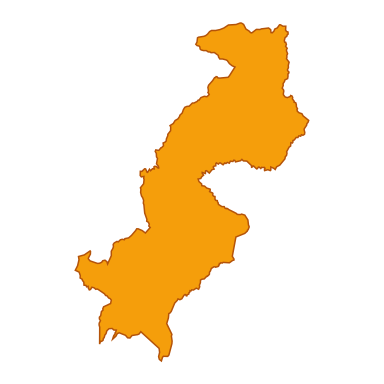 the district of Xayacatlán de Bravo, Puebla, Mexico
{"feature_id": "50627088B60270238700137", "entity_name": "Xayacatlán de Bravo", "entity_type": "district", "adm_level": 2, "iso_a3": "MEX", "parent_name": "Mexico", "parent_adm1": "Puebla", "projection": "natural_earth1", "projection_center": [-97.941, 18.276], "detail": "fine", "context": "isolated", "style": "filled", "palette": "amber", "viewbox_px": 384, "rotation_deg": 0, "n_neighbors": 0, "source": "geoboundaries", "source_scale": "gbopen_adm2", "svg_char_len": 5975}
<svg xmlns="http://www.w3.org/2000/svg" viewBox="0 0 384 384"><path d="M276.6,166.8L279.8,165.1L284.9,158.9L285.3,156.7L286.5,155.5L287.0,153.1L286.6,151.8L289.1,147.1L290.6,146.1L290.9,142.6L292.4,143.0L292.9,142.2L292.9,140.5L294.4,139.9L296.1,137.5L297.9,137.5L298.9,135.8L300.7,136.2L301.4,134.7L302.9,135.3L304.5,134.3L304.8,132.4L304.1,129.8L304.3,128.7L306.6,125.3L306.9,123.6L308.0,122.4L308.7,120.4L303.1,115.9L301.9,113.7L299.1,112.8L297.3,111.2L297.0,109.4L297.5,108.8L296.4,106.8L296.3,104.5L295.7,102.7L294.1,102.2L294.2,101.3L292.4,98.8L292.7,97.4L291.9,95.9L290.6,95.5L290.3,96.5L287.3,97.6L285.2,97.0L283.6,95.1L283.3,94.0L283.8,91.0L283.5,89.8L282.2,88.2L283.2,85.6L283.1,83.6L284.5,81.5L284.9,79.9L287.6,78.6L288.0,76.4L287.9,74.0L288.6,73.5L289.0,72.1L287.6,70.6L287.5,69.5L288.4,67.7L288.3,65.2L289.1,62.2L286.5,58.8L286.9,57.2L286.8,55.3L287.6,53.8L286.5,50.9L286.5,49.7L287.2,48.3L285.6,46.3L286.4,44.5L285.7,42.3L284.7,42.2L284.3,40.7L285.1,37.5L286.7,36.4L287.3,34.7L288.1,34.1L288.0,32.0L286.6,31.5L285.6,30.2L285.8,26.2L282.8,26.2L280.5,24.8L279.5,24.8L277.3,27.9L274.7,29.1L274.1,30.9L272.3,32.8L271.0,32.6L270.7,29.7L268.6,28.0L261.3,28.9L260.0,29.5L256.4,29.4L251.8,32.9L250.5,32.6L249.3,31.2L245.9,29.0L243.6,24.4L241.5,23.1L240.2,23.0L236.1,24.5L228.4,25.0L223.9,28.0L219.9,29.6L215.6,30.5L211.5,30.5L209.6,31.6L207.5,34.2L205.7,35.6L204.0,36.3L198.5,37.2L197.5,37.8L197.0,42.1L195.8,44.3L197.1,45.6L199.0,46.0L199.8,46.8L200.2,49.1L201.1,49.9L203.6,50.6L206.3,50.6L208.2,51.9L210.1,52.0L211.0,52.7L214.3,52.5L218.3,55.4L218.5,56.9L219.8,59.0L222.6,59.0L226.1,59.9L227.3,60.6L229.4,63.6L232.2,65.8L235.0,67.0L229.4,75.8L228.1,77.3L219.7,78.1L217.9,77.9L217.1,76.8L216.1,76.6L215.4,77.6L214.6,77.6L212.6,80.7L208.6,85.2L207.9,87.4L208.4,90.3L208.3,92.0L207.9,92.5L209.2,94.4L208.5,95.3L206.9,96.7L204.3,96.3L200.9,97.6L199.0,100.2L198.2,100.1L197.2,101.4L194.0,103.0L192.4,103.0L189.2,106.2L186.9,106.4L184.8,107.3L183.4,109.6L182.2,113.0L179.9,115.2L179.5,116.6L177.9,118.9L175.1,120.5L173.3,123.5L170.0,125.6L170.7,126.9L170.6,130.7L167.8,134.3L167.8,135.6L166.4,138.9L166.2,141.0L164.8,142.3L163.1,143.0L163.5,145.8L161.4,147.8L160.9,147.8L159.1,150.1L158.5,150.4L155.8,149.9L155.2,151.4L156.3,153.4L156.5,156.9L157.5,158.4L156.5,163.8L158.3,166.1L158.8,167.9L158.2,168.1L156.1,166.4L154.6,166.3L153.9,166.9L154.2,168.9L152.5,168.7L150.6,170.7L149.5,169.2L147.6,172.4L147.0,172.2L145.6,168.9L144.6,168.8L141.9,171.4L140.3,171.3L140.2,175.5L141.3,176.9L143.9,176.4L143.7,178.7L144.1,179.3L143.6,183.8L140.4,187.8L140.9,189.3L140.6,192.4L141.5,195.9L142.7,197.8L143.6,200.4L143.3,203.2L143.9,204.7L144.7,213.1L146.9,219.4L146.7,221.2L148.3,222.2L149.3,224.2L148.8,226.0L150.2,227.5L145.4,233.0L142.1,230.5L138.1,228.8L136.7,228.8L135.6,230.6L131.5,235.4L128.6,237.9L124.9,238.6L124.4,239.7L122.2,239.3L120.4,239.8L118.2,241.9L117.0,241.4L114.3,242.9L113.2,244.4L113.4,246.8L112.8,248.6L111.3,251.2L111.3,255.7L107.6,264.0L106.9,261.7L105.0,260.2L102.8,260.7L101.6,262.3L99.4,263.3L97.4,263.4L90.1,260.9L88.5,259.1L88.3,258.2L90.4,254.1L90.5,251.4L90.1,250.9L84.3,254.9L78.5,256.5L79.0,259.7L78.7,261.0L77.6,265.7L75.3,270.3L79.1,272.1L80.3,275.6L80.1,278.0L82.2,279.3L82.5,280.5L83.8,282.1L84.0,285.2L86.0,285.4L86.6,286.8L88.1,286.3L88.3,288.0L89.3,289.9L90.5,289.5L91.9,287.2L94.3,287.9L95.7,289.3L97.1,289.0L98.1,289.4L104.5,293.8L105.6,295.5L106.8,295.6L108.7,298.0L110.1,298.6L111.3,300.1L110.6,303.5L103.6,306.8L102.8,308.7L103.0,310.0L101.4,311.6L100.7,315.7L99.4,317.2L99.4,319.0L100.5,320.7L99.2,323.1L99.1,325.0L99.7,327.2L99.6,344.1L100.5,341.2L101.5,341.4L103.0,340.4L103.4,338.3L104.1,337.8L104.9,335.0L106.0,333.7L106.9,330.7L109.0,328.7L112.2,328.5L113.8,330.0L116.3,330.1L115.7,332.2L115.2,332.6L115.1,333.7L113.7,335.8L112.6,339.2L115.9,336.2L117.3,333.6L119.2,332.8L125.5,335.3L127.6,337.8L130.0,338.0L132.0,335.5L137.7,334.6L139.2,333.9L140.8,331.7L159.1,348.4L159.6,352.4L158.6,356.6L159.3,359.3L160.2,360.1L161.4,361.0L162.5,357.3L163.4,356.3L167.7,356.4L168.9,355.0L171.9,343.7L172.1,341.1L171.4,336.1L171.9,334.4L166.7,323.6L168.4,318.0L168.8,313.6L170.1,312.9L171.3,311.3L174.7,303.1L177.4,300.2L178.0,298.9L179.9,299.7L181.8,298.8L183.9,295.4L185.0,294.5L185.5,294.6L186.2,295.8L186.8,295.9L187.2,294.8L188.8,294.0L188.9,292.8L189.6,292.4L190.0,290.7L190.9,291.0L191.6,289.9L193.5,290.0L196.2,288.2L198.6,289.2L199.7,286.8L199.4,285.2L200.4,282.7L200.5,280.0L202.0,279.2L204.3,278.9L206.0,277.0L207.3,276.3L207.3,275.9L208.3,275.6L209.4,274.2L209.5,272.1L210.4,271.0L211.3,268.5L213.7,266.9L215.1,266.8L215.6,267.2L218.1,266.5L218.9,265.7L218.6,265.2L219.4,264.3L219.4,263.5L220.2,263.5L220.9,262.7L222.1,263.1L223.1,262.4L229.4,262.8L232.7,260.4L233.9,260.1L234.0,259.1L232.3,256.3L235.9,237.0L244.8,233.4L247.3,231.1L247.4,230.2L248.1,229.8L249.1,227.2L249.1,226.3L248.5,225.1L247.9,220.0L244.8,215.1L241.6,214.1L240.4,214.6L237.3,214.4L236.3,213.4L228.4,209.4L227.9,208.8L226.7,208.3L226.3,208.7L225.1,208.3L224.2,206.6L221.9,206.6L218.9,204.7L218.2,203.9L218.2,202.9L217.5,201.8L217.3,200.6L215.7,200.3L215.0,199.3L215.0,196.5L213.6,196.2L212.7,195.2L212.9,193.5L212.6,193.0L209.6,191.6L210.3,190.0L210.1,189.1L206.6,188.0L204.6,186.1L201.8,185.7L201.6,183.9L199.0,181.6L198.1,179.0L200.8,178.5L201.6,176.9L203.6,175.1L202.2,173.4L202.2,172.4L205.4,173.5L205.6,170.9L206.6,170.7L209.3,173.1L212.0,169.7L214.1,169.1L213.2,167.0L214.0,166.2L215.8,165.8L215.8,163.5L216.4,162.9L218.4,164.1L219.4,163.0L220.3,162.9L223.1,164.8L224.7,163.0L225.9,163.5L227.3,162.4L229.3,163.2L230.4,161.2L232.9,161.5L233.8,160.2L234.8,160.4L235.5,161.9L240.6,160.7L241.9,159.4L243.4,160.9L246.8,161.1L251.4,165.5L251.6,167.2L252.5,166.9L252.6,166.1L253.6,166.0L256.6,168.9L257.3,168.7L258.4,167.1L259.3,167.2L260.8,168.5L261.7,167.3L263.2,167.6L264.1,167.3L265.0,168.2L264.4,169.8L264.6,170.6L267.9,169.7L270.3,170.6L270.8,170.1L270.8,167.0L273.8,168.3L275.2,169.5L276.6,166.8Z" fill="#f59e0b" stroke="#b45309" stroke-width="1.5"/></svg>